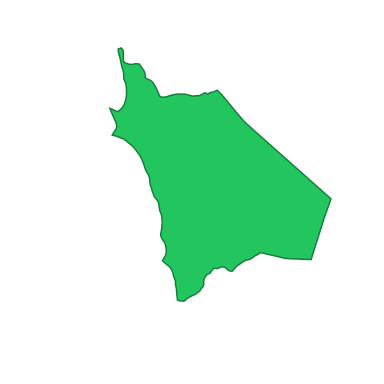 outline of Maceió, Alagoas, Brazil, rotated 121°
{"feature_id": "56859067B19267714233978", "entity_name": "Maceió", "entity_type": "district", "adm_level": 2, "iso_a3": "BRA", "parent_name": "Brazil", "parent_adm1": "Alagoas", "projection": "orthographic", "projection_center": [-35.697, -9.542], "detail": "fine", "context": "isolated", "style": "filled", "palette": "green", "viewbox_px": 384, "rotation_deg": 121, "n_neighbors": 0, "source": "geoboundaries", "source_scale": "gbopen_adm2", "svg_char_len": 2294}
<svg xmlns="http://www.w3.org/2000/svg" viewBox="0 0 384 384"><g transform="rotate(121 192 192)"><path d="M188.6,55.1L144.9,65.6L126.3,69.3L114.4,132.8L113.5,137.8L106.0,177.3L105.2,181.3L104.5,184.0L103.5,187.4L100.7,195.5L99.4,199.2L97.6,204.3L94.1,214.2L92.7,218.5L91.8,222.8L95.3,225.3L97.4,227.6L99.9,229.0L100.2,231.9L102.4,233.3L105.4,235.1L107.3,237.9L109.4,240.7L111.6,248.1L113.4,251.4L116.1,255.7L119.5,259.3L121.3,261.1L123.9,263.2L126.2,266.5L126.5,269.1L125.0,271.1L123.3,273.4L121.2,276.4L118.2,282.1L117.6,285.0L118.2,288.8L117.9,291.4L115.4,292.6L113.3,294.8L111.1,299.2L109.5,303.3L111.3,306.8L113.2,308.6L114.9,311.7L115.9,316.5L114.3,318.8L110.8,320.8L107.5,322.8L105.8,324.4L105.0,326.9L107.5,328.9L109.8,327.3L111.9,325.2L113.9,323.0L118.1,319.1L120.7,316.7L122.9,314.1L125.3,311.9L127.6,310.3L129.9,308.9L131.8,306.6L133.3,304.4L135.3,302.8L138.5,300.6L142.2,298.3L145.3,296.9L147.9,296.1L150.8,295.4L153.6,295.2L156.1,295.3L159.2,296.1L161.8,297.7L162.1,302.3L162.6,305.5L164.9,302.5L167.4,299.0L169.3,296.3L171.0,293.7L172.8,291.7L175.0,290.1L177.5,289.5L181.1,289.8L184.4,289.6L183.2,286.0L182.8,283.6L182.4,281.0L181.7,278.0L182.2,274.0L182.8,270.3L183.2,266.9L184.1,264.2L184.9,261.8L185.9,259.5L187.3,256.0L189.0,253.1L190.8,250.6L193.3,247.3L195.9,244.5L197.9,241.7L199.6,238.4L201.7,235.8L204.7,233.5L207.6,231.4L209.1,229.2L211.0,227.4L213.0,224.9L215.2,222.2L216.4,219.4L217.5,216.4L219.2,214.3L221.9,212.4L224.6,210.0L226.8,207.0L229.0,205.0L231.5,203.1L233.7,201.7L236.5,200.4L240.2,198.6L244.2,197.2L246.6,195.2L248.2,192.4L249.6,189.1L252.8,185.9L255.0,184.1L257.0,183.0L259.4,182.1L262.8,182.0L266.1,182.0L267.1,176.7L267.4,174.2L267.9,172.0L269.1,169.6L271.0,166.8L273.7,164.5L275.1,162.4L276.9,160.2L279.5,158.8L281.1,157.3L284.0,154.7L286.9,152.9L289.4,150.9L292.2,148.7L291.5,146.1L289.6,142.5L284.9,140.9L281.1,138.6L277.2,136.1L272.7,134.3L269.9,134.3L267.7,133.8L265.1,134.3L263.2,135.6L260.7,136.8L257.9,137.0L254.3,136.5L252.6,134.7L249.1,134.6L246.1,133.9L244.6,130.8L240.6,127.9L239.6,124.9L240.5,120.1L239.4,116.8L235.6,116.1L232.1,115.3L229.2,113.9L225.8,112.4L222.8,110.8L221.3,109.1L219.0,107.1L216.8,106.1L214.0,105.1L211.2,103.0L209.0,102.6L208.0,100.1L200.5,76.9L188.6,55.1Z" fill="#22c55e" stroke="#15803d" stroke-width="1.5"/></g></svg>